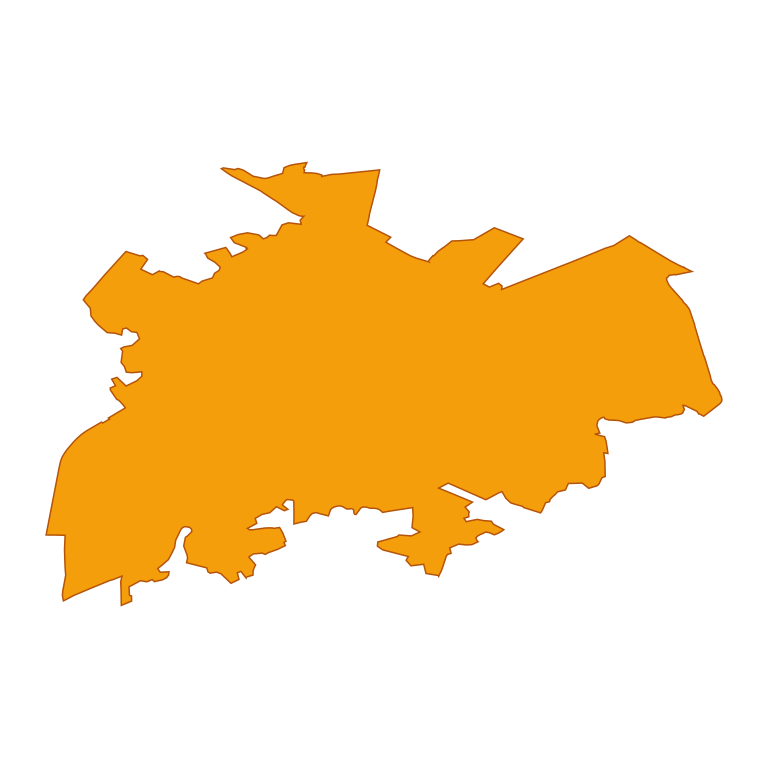 Lazdonas pag., Madona, Latvia
{"feature_id": "27541924B23480282117113", "entity_name": "Lazdonas pag.", "entity_type": "district", "adm_level": 2, "iso_a3": "LVA", "parent_name": "Latvia", "parent_adm1": "Madona", "projection": "equal_earth", "projection_center": [26.196, 56.824], "detail": "fine", "context": "isolated", "style": "filled", "palette": "amber", "viewbox_px": 768, "rotation_deg": 0, "n_neighbors": 0, "source": "geoboundaries", "source_scale": "gbopen_adm2", "svg_char_len": 6101}
<svg xmlns="http://www.w3.org/2000/svg" viewBox="0 0 768 768"><path d="M691.9,271.5L684.7,268.0L684.8,267.7L683.6,267.1L683.4,267.3L678.8,265.2L671.0,261.1L662.4,256.0L641.1,243.0L638.4,241.8L635.5,239.6L629.3,235.8L613.7,245.6L605.1,248.3L587.2,255.7L574.3,260.9L501.6,289.5L502.0,286.0L498.6,283.3L489.4,287.1L483.2,283.8L497.6,267.3L512.1,251.1L523.2,238.9L494.3,227.8L473.7,239.7L458.3,240.8L451.8,241.0L445.1,246.4L442.5,248.1L438.1,251.3L433.8,255.8L433.0,255.6L429.8,259.2L428.2,261.2L428.8,261.9L416.2,258.1L410.4,255.8L398.2,249.2L385.9,242.2L390.7,237.2L367.2,225.3L368.8,218.2L369.7,213.1L375.4,191.0L376.7,184.9L377.5,179.4L378.8,174.2L379.7,169.9L338.9,174.1L331.7,174.4L321.7,176.4L321.8,175.0L316.9,173.5L311.2,172.9L307.6,172.9L306.8,172.8L304.1,172.7L304.5,169.8L303.9,169.5L303.7,167.2L304.9,167.2L305.4,165.7L306.8,162.6L294.5,164.4L289.8,165.4L284.1,167.6L282.5,173.5L274.8,175.7L267.9,178.0L264.2,178.5L254.1,176.4L253.8,176.6L244.1,170.6L242.7,169.9L238.1,168.5L234.7,169.6L223.3,167.9L221.4,168.7L226.8,172.6L231.7,175.8L261.3,191.3L263.2,192.8L272.8,199.1L276.0,201.0L288.0,209.7L292.4,212.7L299.2,215.8L303.0,216.4L303.7,216.3L300.2,220.2L301.2,224.3L288.4,222.8L282.0,224.9L276.3,235.4L273.4,235.5L269.4,235.2L269.3,235.6L266.2,237.9L263.1,238.8L260.6,236.4L258.7,234.9L247.5,232.8L237.9,234.6L230.6,237.6L234.2,242.6L246.6,247.5L246.1,248.2L247.3,249.0L242.8,252.1L231.8,256.8L230.2,253.6L226.6,248.4L225.7,247.5L204.8,253.3L205.7,254.1L207.7,258.1L215.0,262.3L220.2,267.2L219.1,270.4L214.5,273.3L212.5,277.9L202.1,281.1L198.5,283.8L181.3,277.8L180.4,276.9L178.6,276.4L177.0,276.4L173.7,277.1L163.4,271.8L159.0,271.3L159.0,271.1L152.4,274.7L140.8,269.2L147.6,259.4L142.8,255.4L140.1,255.9L125.9,251.5L104.3,275.3L93.4,288.0L85.8,296.1L83.3,299.8L90.3,308.3L91.0,316.0L95.1,321.6L98.8,325.5L107.2,332.6L114.9,333.2L121.6,335.1L122.6,329.0L126.5,328.0L131.4,331.7L136.9,332.4L139.5,338.9L132.1,345.4L124.1,346.9L120.7,348.5L122.6,351.1L121.1,362.5L124.4,366.5L126.3,372.2L132.0,372.7L141.8,371.8L141.8,376.3L136.8,380.8L126.1,386.0L117.0,377.4L111.7,379.1L115.5,385.8L110.2,388.0L110.4,390.1L116.7,399.3L118.9,400.4L120.0,401.5L123.4,405.2L125.3,407.9L108.4,418.0L109.6,419.0L102.7,423.0L101.5,422.1L88.4,429.7L84.5,432.2L81.1,434.7L76.5,438.9L73.7,441.8L67.9,448.5L65.9,451.1L63.8,454.3L62.0,457.4L60.5,461.5L59.5,465.9L57.4,476.6L46.1,535.0L58.0,535.1L65.1,535.3L64.5,549.8L65.1,567.8L65.7,575.2L63.5,587.1L62.9,589.9L62.4,595.3L63.4,600.9L73.9,595.4L90.0,588.6L110.3,580.3L112.5,579.8L122.0,576.1L120.7,581.8L121.0,587.7L121.3,605.4L131.6,601.1L131.5,595.9L129.5,595.4L129.0,586.9L140.4,580.7L146.8,581.8L152.2,579.6L154.4,581.6L162.7,579.8L166.7,577.6L168.6,574.9L169.0,571.8L160.2,572.2L157.7,568.6L161.5,565.6L168.4,559.6L171.7,553.4L174.6,547.4L175.7,540.2L180.8,529.6L182.6,527.6L184.9,526.6L189.5,527.3L191.5,529.1L191.8,531.5L187.6,535.9L185.4,537.3L183.7,546.0L187.0,554.8L187.6,558.2L186.5,562.7L206.8,567.9L207.9,571.7L210.1,573.2L216.5,572.1L221.0,573.8L231.0,583.3L239.0,579.4L237.3,572.8L240.9,571.4L246.1,578.0L246.3,577.1L253.0,575.1L253.1,570.9L254.1,567.9L255.6,564.9L248.8,557.0L253.4,553.9L257.2,553.6L262.1,553.1L265.2,554.4L268.5,552.6L277.5,549.4L285.4,545.6L283.9,542.4L286.0,541.3L282.9,533.2L279.6,527.5L273.4,528.4L273.1,528.1L272.2,527.9L267.3,527.9L264.9,528.1L264.7,528.0L263.8,528.1L263.4,528.4L261.2,528.5L260.2,528.7L252.3,529.8L251.2,529.7L249.6,529.8L247.4,528.4L256.8,523.3L255.2,518.4L262.1,514.4L269.8,512.7L276.5,506.7L284.3,510.7L287.9,509.3L282.3,504.9L284.7,501.6L286.8,499.5L292.6,500.1L293.8,501.0L294.0,513.9L293.9,524.0L301.1,522.2L306.3,521.3L309.8,515.9L312.4,513.4L316.2,512.6L319.5,513.6L328.4,515.9L330.5,509.8L332.2,508.0L334.4,507.0L337.2,506.1L340.2,505.9L342.8,506.7L347.0,509.1L351.5,508.7L352.7,509.1L353.7,510.0L354.0,513.2L354.6,514.2L356.0,514.5L360.7,508.1L362.1,507.3L364.0,507.0L366.7,507.2L369.7,508.2L374.8,508.3L377.9,508.9L380.1,510.1L382.6,512.4L389.2,511.2L412.7,507.6L413.1,516.4L412.0,527.6L419.9,532.0L411.4,535.9L398.9,535.0L397.1,536.6L377.8,542.0L377.4,546.2L382.8,549.9L408.3,556.5L406.1,560.3L411.0,565.8L423.7,564.3L426.0,573.5L438.4,575.5L438.7,576.3L440.1,573.2L441.2,571.2L442.9,566.6L446.1,556.6L446.5,555.8L447.7,554.3L450.1,553.7L451.1,553.2L449.7,547.9L458.7,544.1L466.5,545.0L468.3,544.8L471.4,544.7L472.4,544.4L478.0,541.8L477.6,541.6L475.8,538.0L477.5,536.1L480.7,534.3L481.3,534.2L485.7,532.0L489.4,532.7L494.4,534.8L496.9,533.8L500.5,532.0L503.4,530.0L503.8,529.6L493.4,524.3L491.4,521.2L483.6,520.6L477.3,519.4L470.1,520.8L466.3,521.7L464.0,518.3L468.8,516.8L468.7,513.3L469.3,512.0L465.1,507.1L472.5,502.1L452.6,493.8L438.6,488.1L448.2,483.1L485.8,499.7L489.8,497.7L498.2,493.1L502.0,491.6L505.8,498.2L510.6,502.8L514.8,504.2L522.8,506.4L523.5,507.5L540.6,512.9L542.4,510.1L545.6,502.7L549.5,501.7L549.7,501.3L550.1,499.2L550.8,498.8L552.7,496.6L555.1,494.6L557.6,491.8L565.4,490.0L568.3,483.5L582.3,483.1L588.7,488.3L597.3,485.7L598.9,484.1L602.0,477.7L605.2,476.5L604.9,461.2L603.7,452.8L607.9,453.5L607.3,448.8L606.1,441.4L604.6,436.7L600.1,435.6L594.8,434.1L599.8,433.1L597.2,426.6L596.9,424.9L597.9,420.8L599.8,419.0L601.3,418.0L603.9,417.2L605.0,418.9L609.3,420.1L614.0,420.2L618.2,420.5L620.6,421.0L625.1,422.6L626.9,422.9L631.9,422.3L633.5,421.7L634.6,420.8L635.5,420.4L641.5,419.2L653.8,417.0L655.6,416.9L657.5,417.0L665.5,418.0L666.7,417.3L671.2,416.7L675.3,414.9L677.5,414.8L681.2,413.9L682.9,412.8L683.4,411.1L684.0,410.1L684.4,409.7L684.4,409.0L683.9,408.5L683.5,407.5L683.8,407.0L682.9,405.5L684.8,405.4L696.9,411.3L698.7,413.9L699.0,413.7L703.7,416.2L711.6,410.2L719.7,403.8L721.3,401.9L721.6,401.3L721.8,400.5L721.9,399.6L721.3,396.6L719.8,393.7L719.7,392.6L719.5,392.2L717.5,388.9L714.1,384.5L712.9,383.8L711.2,380.1L710.2,375.7L704.4,356.7L703.9,356.1L699.6,342.2L694.7,325.7L694.7,324.9L690.4,312.2L689.6,309.9L689.0,308.7L686.1,304.8L684.0,302.8L683.1,301.8L682.7,300.7L671.0,287.6L670.0,286.4L668.2,283.7L666.8,280.2L666.5,278.2L668.6,276.4L669.0,275.3L673.9,274.7L674.7,274.4L675.3,274.9L691.9,271.5Z" fill="#f59e0b" stroke="#b45309" stroke-width="1.5"/></svg>